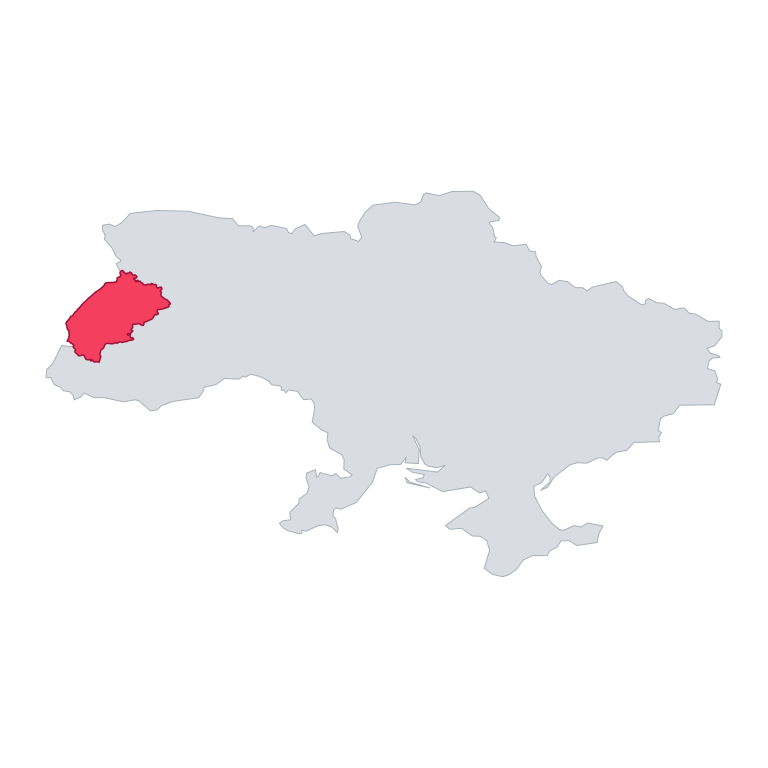 location of L'viv within Ukraine
{"feature_id": "UKR-291", "entity_name": "L'viv", "entity_type": "Region", "adm_level": 1, "iso_a3": "UKR", "parent_name": "Ukraine", "parent_adm1": "", "projection": "equal_earth", "projection_center": [24.224, 49.684], "detail": "fine", "context": "in_parent", "style": "filled", "palette": "rose", "viewbox_px": 768, "rotation_deg": 0, "n_neighbors": 0, "source": "natural_earth", "source_scale": "10m", "svg_char_len": 9379}
<svg xmlns="http://www.w3.org/2000/svg" viewBox="0 0 768 768"><path d="M542.0,510.6L551.9,523.3L560.0,529.9L563.9,530.2L574.2,525.6L581.3,527.1L587.1,523.0L602.9,526.0L598.7,534.1L597.0,542.5L576.9,545.5L569.2,540.6L561.2,540.8L557.1,546.9L549.5,551.0L547.2,555.7L532.8,555.5L523.4,559.8L516.6,569.1L508.9,574.8L502.6,576.7L492.5,574.4L484.2,568.3L489.6,550.4L486.9,540.9L480.4,536.3L472.4,536.0L461.6,528.3L449.8,529.3L445.6,525.5L469.3,508.2L474.5,507.4L488.9,498.4L485.8,490.9L479.6,492.9L470.5,487.0L442.8,491.6L425.4,482.8L417.5,481.7L415.5,479.6L423.5,477.6L424.0,474.4L412.6,472.3L406.3,468.2L437.5,472.1L445.4,465.2L437.0,467.7L428.2,466.1L424.9,463.9L420.8,456.8L420.1,447.1L415.9,438.5L412.7,435.7L419.2,449.9L418.3,463.5L405.2,462.8L406.2,457.2L400.4,464.5L390.2,464.7L377.3,468.3L372.4,482.5L356.3,502.4L341.2,509.1L335.9,508.0L333.7,509.6L332.9,515.7L335.6,518.7L338.1,528.5L337.4,532.7L331.9,527.2L325.5,524.7L318.6,525.5L306.0,531.2L301.6,530.2L302.0,533.1L300.9,534.0L288.8,531.1L283.6,528.3L279.4,523.2L283.1,520.8L290.4,519.8L289.9,512.4L298.9,503.1L299.1,498.9L307.0,493.2L309.1,487.0L306.0,477.7L306.9,473.0L315.5,469.7L316.5,476.9L318.4,476.2L320.2,472.6L332.2,475.9L335.6,473.4L340.8,478.3L349.9,477.0L352.0,474.7L343.8,469.0L344.2,459.8L341.6,454.6L329.7,448.0L327.1,439.9L327.9,432.9L321.9,430.1L312.2,422.2L314.7,408.2L313.9,403.0L311.2,399.0L303.5,399.6L297.6,391.4L288.4,389.9L285.9,392.8L284.3,390.1L281.2,390.2L281.3,386.9L279.2,385.7L271.5,384.8L269.5,381.6L261.2,377.0L250.9,374.1L245.4,377.1L242.9,376.2L238.8,379.2L224.4,378.4L215.9,384.6L204.0,387.3L203.0,391.7L198.7,397.6L172.3,401.6L161.1,405.9L157.5,409.6L150.6,411.0L138.7,400.6L135.1,399.8L123.4,401.8L104.1,397.6L94.2,397.7L84.1,393.0L80.8,396.9L74.1,399.8L73.4,395.8L70.1,391.9L63.0,390.7L60.7,387.3L54.3,384.8L50.7,377.5L46.1,377.6L46.6,369.7L52.4,364.0L61.8,345.4L73.1,347.0L73.4,344.9L68.1,340.6L69.2,334.7L66.2,323.0L68.3,319.8L80.8,305.8L106.1,283.2L115.8,281.6L120.2,275.9L120.4,271.8L116.1,263.9L120.8,261.1L120.4,259.8L116.4,256.6L111.9,247.9L104.5,239.3L105.1,235.3L102.4,229.6L102.5,225.3L109.3,224.1L115.1,226.5L121.6,222.8L130.3,213.4L156.2,210.5L187.7,211.2L219.0,217.9L232.6,218.7L238.4,225.9L249.6,225.7L252.9,227.1L253.4,231.5L259.1,226.1L264.8,227.7L271.1,225.4L286.5,228.5L288.4,232.5L291.5,233.6L295.7,228.6L304.9,224.5L314.3,235.9L321.8,233.5L344.1,231.5L349.8,235.1L350.8,238.6L358.7,241.4L361.8,237.2L357.6,226.0L359.3,221.7L365.2,212.1L373.2,205.1L394.8,202.2L415.1,204.9L420.8,202.0L423.3,194.7L425.9,193.0L439.6,195.6L451.9,191.5L473.4,191.3L480.5,195.6L488.4,208.2L499.5,217.4L499.0,220.4L489.6,222.1L489.5,223.7L492.9,227.9L494.6,236.8L496.3,237.9L494.3,241.9L504.6,242.7L513.0,245.8L525.9,244.3L529.9,251.0L535.6,251.8L536.0,256.2L541.4,266.6L540.0,272.1L541.0,275.5L548.3,283.6L551.5,284.6L559.2,280.3L567.7,281.7L575.2,287.7L582.5,287.7L587.2,291.1L592.1,287.2L616.3,281.5L622.7,287.2L623.9,290.8L628.0,295.9L641.6,304.8L645.2,303.9L646.0,299.8L648.9,298.6L656.5,302.7L663.9,303.3L674.6,309.4L684.0,307.9L689.3,313.3L695.4,314.0L708.0,321.4L719.2,321.2L719.1,328.1L721.9,331.1L721.8,336.8L714.5,345.8L707.1,348.5L710.0,353.0L719.2,356.0L719.9,357.4L712.0,358.1L709.0,361.4L707.4,368.6L714.9,370.9L717.8,379.7L716.4,382.5L720.8,384.2L714.3,404.8L679.6,405.2L673.5,413.5L663.3,416.3L660.5,418.8L658.2,430.4L661.4,432.6L658.7,437.6L659.6,441.7L634.0,442.5L626.8,450.3L615.8,452.3L606.7,460.3L602.5,457.8L597.5,457.9L587.2,463.1L577.4,462.7L570.0,464.8L554.4,476.8L547.5,487.3L540.4,490.5L550.1,481.8L550.2,477.3L547.7,473.8L541.8,482.4L533.8,486.3L534.7,496.4L542.0,510.6ZM430.1,488.0L407.3,482.9L405.0,477.2L410.1,482.2L430.1,488.0Z" fill="#d9dde1" stroke="#a8b0b8" stroke-width="1"/><path d="M67.4,341.4L67.2,341.1L67.4,340.5L68.0,339.5L68.6,337.8L69.2,336.3L69.4,335.6L68.9,331.2L68.8,330.5L68.5,330.1L67.7,329.4L67.3,328.7L67.2,328.5L67.0,327.9L66.8,325.9L66.6,325.2L65.9,323.5L66.8,321.7L69.7,318.5L70.3,317.0L70.6,316.5L71.0,316.3L71.8,316.1L72.3,316.0L72.9,315.4L75.2,312.0L75.6,311.6L75.9,311.4L76.6,311.2L76.9,311.0L77.1,310.6L77.4,309.7L77.6,309.3L79.2,308.0L83.3,303.1L84.8,301.7L86.1,300.8L87.3,299.4L95.8,291.9L99.6,289.5L100.6,288.8L103.6,286.2L104.1,285.6L104.6,284.3L105.0,283.6L105.5,283.2L106.2,282.9L107.5,282.6L114.2,282.5L116.2,281.9L117.0,280.3L117.1,279.8L117.2,279.2L117.2,278.3L117.3,277.7L119.7,276.7L120.4,276.1L120.8,275.5L120.9,275.4L120.7,275.3L120.4,274.7L120.0,272.4L120.9,271.2L121.2,270.9L121.5,270.7L122.0,270.6L122.5,270.5L123.0,270.7L123.2,271.6L123.6,271.8L124.1,272.0L124.4,272.4L124.6,272.8L125.0,273.1L125.4,273.3L126.1,273.5L126.5,273.8L126.5,273.4L127.1,273.3L127.5,273.2L127.9,273.1L128.8,273.0L129.1,272.8L129.3,272.7L129.5,272.4L129.7,272.2L129.9,272.2L130.2,272.2L130.5,272.3L131.0,272.6L131.6,273.2L131.8,273.5L131.8,273.9L131.8,274.0L133.0,275.0L133.5,275.2L133.9,275.2L134.5,275.0L134.7,274.9L135.1,275.0L135.5,275.2L136.6,276.2L136.8,276.5L136.9,276.8L136.9,277.0L136.8,277.3L136.5,277.6L136.3,277.8L135.9,278.0L134.1,278.4L133.8,278.5L133.7,278.6L133.6,278.8L133.8,279.2L135.4,280.2L135.6,280.4L135.7,280.7L135.6,281.4L135.6,281.6L135.8,281.7L136.0,281.8L136.6,281.8L136.8,281.7L137.0,281.6L137.1,281.4L137.2,280.5L137.3,280.4L137.6,280.3L137.8,280.3L138.1,280.6L138.4,281.1L138.6,281.2L138.8,281.3L140.0,281.3L140.3,281.4L140.5,281.4L140.6,281.7L140.6,281.8L140.6,282.0L140.9,282.4L142.5,283.2L142.9,283.5L143.0,283.8L143.0,284.1L143.0,284.3L143.1,284.5L143.4,284.7L143.8,284.7L145.6,284.9L146.2,284.9L146.6,284.8L146.9,284.6L147.2,284.5L147.6,284.4L148.4,284.2L150.8,284.5L151.2,284.5L151.5,284.3L151.4,283.8L151.4,283.6L151.5,283.5L151.9,283.6L152.4,283.8L153.4,284.3L154.2,284.6L155.5,284.5L156.1,284.7L156.3,284.9L156.5,285.2L156.5,285.7L156.5,287.1L156.7,287.5L157.2,287.7L158.0,287.8L158.4,287.8L158.8,287.6L159.8,287.2L160.2,287.1L160.6,287.1L161.0,287.2L161.4,287.4L161.5,287.6L161.7,287.9L161.8,288.5L161.9,288.9L161.8,289.2L161.7,289.5L161.4,289.7L160.4,290.6L160.3,290.9L160.4,291.2L161.1,291.9L161.3,292.2L161.3,292.4L161.0,293.6L161.0,294.4L161.0,295.0L161.3,296.2L161.7,296.5L165.2,299.1L167.9,300.4L167.9,300.7L168.0,301.0L168.4,301.5L169.2,302.0L169.4,302.1L169.7,302.7L170.2,303.2L170.3,303.5L170.4,303.8L170.3,304.0L170.2,304.1L169.8,304.2L169.3,304.2L169.0,304.3L168.9,304.5L168.7,304.9L168.7,305.1L168.7,305.3L168.9,305.6L169.0,305.9L169.0,306.1L169.0,306.3L168.9,306.5L168.5,306.9L168.2,307.1L167.6,307.4L167.2,307.5L166.7,307.5L165.7,308.0L164.7,308.2L163.4,308.8L163.2,308.9L160.4,309.3L160.1,309.5L159.7,309.5L157.9,309.7L157.7,309.8L157.5,310.0L157.4,310.3L157.1,311.1L157.1,311.5L157.4,312.1L158.1,312.9L158.2,313.2L158.3,313.4L158.3,313.6L158.2,313.7L158.2,313.9L158.0,314.1L157.8,314.3L156.9,314.7L156.7,314.8L156.4,314.8L155.9,314.8L155.7,314.7L155.4,314.4L155.2,314.4L155.0,314.5L154.8,314.7L154.0,316.0L153.6,317.0L152.5,318.6L152.3,318.8L145.8,321.8L145.5,321.9L145.2,321.9L144.5,321.9L144.3,322.0L144.1,322.2L143.9,323.8L143.8,324.4L143.3,325.3L142.8,325.3L142.6,325.3L142.4,325.2L142.0,325.0L141.7,325.0L141.3,325.0L141.2,325.0L140.8,324.9L140.7,324.7L139.9,324.1L139.5,323.9L139.1,323.8L138.7,323.7L138.2,323.7L135.4,324.3L135.0,324.3L133.7,324.1L133.4,324.1L133.2,324.1L133.0,324.3L132.8,324.5L132.5,325.1L132.3,325.4L132.3,325.7L132.3,325.8L132.6,326.2L132.8,326.7L132.8,326.9L132.8,327.3L132.6,327.7L131.4,329.2L131.2,329.6L131.2,330.0L131.3,330.1L132.5,330.7L132.6,330.8L132.7,331.1L132.7,331.3L132.5,331.5L131.3,332.5L130.9,333.0L130.7,333.2L130.2,333.4L129.7,333.5L128.9,333.5L128.5,333.6L127.7,333.8L127.4,334.1L127.4,334.4L127.4,334.6L127.4,334.8L127.5,334.9L127.7,335.1L127.8,335.1L128.0,335.2L128.6,335.0L129.3,334.4L129.5,334.3L129.9,334.3L130.3,334.5L130.5,334.7L130.6,334.8L130.5,335.0L130.4,335.2L130.1,335.7L130.1,335.9L130.1,336.1L130.2,337.3L130.4,337.5L131.3,337.7L132.0,337.8L132.5,337.6L133.5,338.7L133.5,338.8L133.6,339.0L133.5,339.4L133.4,339.5L133.1,339.7L132.7,339.9L132.0,340.2L131.7,340.2L131.4,340.2L131.2,340.1L130.8,340.1L130.1,340.1L128.6,340.6L127.1,341.4L126.7,341.5L125.8,341.7L124.9,341.6L124.5,341.7L122.7,342.4L122.3,342.4L122.1,342.4L120.4,341.9L119.9,341.9L119.7,341.9L119.3,342.0L117.6,343.0L117.2,343.2L116.9,343.3L115.5,342.8L115.1,342.7L114.9,342.7L114.6,342.9L113.8,343.4L113.2,343.7L111.3,343.8L107.5,343.3L106.9,343.4L106.6,343.5L105.9,343.8L105.2,344.3L104.9,344.7L104.8,344.9L103.8,347.4L103.5,348.0L103.3,348.3L101.6,349.6L101.0,349.9L100.8,350.4L99.9,353.9L99.8,354.2L99.7,354.4L99.8,354.6L99.9,354.9L100.3,355.3L100.6,355.8L100.7,356.5L100.7,356.9L99.1,362.2L98.2,361.8L97.8,361.8L95.8,362.0L95.1,362.0L94.0,361.8L93.6,361.7L93.3,361.5L93.2,361.4L93.0,361.1L93.0,360.9L93.0,360.7L93.0,360.4L92.8,360.2L92.5,359.9L92.3,359.8L92.1,359.9L91.9,360.0L91.4,360.6L91.2,360.8L90.9,360.9L90.7,360.9L90.5,360.7L90.4,359.8L90.3,359.4L90.1,359.4L89.6,359.7L89.3,359.8L88.8,359.8L87.0,359.7L86.6,359.6L86.1,359.2L85.8,359.0L85.1,357.8L84.3,356.0L83.9,355.6L83.6,355.2L83.3,355.1L83.0,355.0L82.0,355.2L80.4,355.6L80.1,355.8L79.8,355.8L79.5,355.8L78.9,355.8L78.4,355.6L78.1,355.3L77.8,354.7L77.6,354.4L76.3,353.5L75.4,352.5L75.2,352.3L75.0,352.0L74.9,351.4L74.9,350.8L75.0,350.6L75.1,350.3L75.4,349.7L75.4,349.3L74.7,348.6L74.0,348.2L73.4,347.2L73.2,346.8L73.3,346.1L73.6,345.2L73.6,344.8L73.2,344.3L71.5,343.5L70.8,343.1L69.7,341.9L68.5,341.1L68.1,340.7L67.6,341.3L67.4,341.4Z" fill="#f43f5e" stroke="#9f1239" stroke-width="1.5"/></svg>